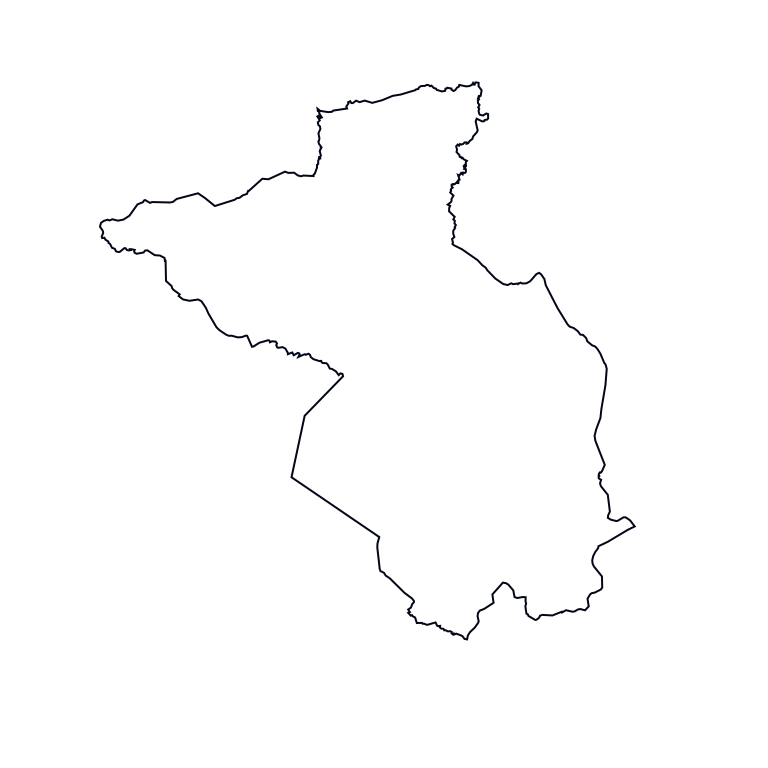 outline of Gourma, Gourma, Burkina Faso, rotated 250°
{"feature_id": "67063806B98154706729521", "entity_name": "Gourma", "entity_type": "district", "adm_level": 2, "iso_a3": "BFA", "parent_name": "Burkina Faso", "parent_adm1": "Gourma", "projection": "mercator", "projection_center": [0.724, 12.228], "detail": "fine", "context": "isolated", "style": "outline", "palette": "ink", "viewbox_px": 768, "rotation_deg": 250, "n_neighbors": 0, "source": "geoboundaries", "source_scale": "gbopen_adm2", "svg_char_len": 6166}
<svg xmlns="http://www.w3.org/2000/svg" viewBox="0 0 768 768"><g transform="rotate(250 384 384)"><path d="M115.6,374.7L119.0,376.8L121.5,380.1L124.0,385.9L127.2,390.6L128.5,391.8L133.8,392.5L136.6,394.0L138.3,396.6L138.4,401.2L140.9,412.1L149.2,413.9L156.7,427.8L155.0,430.6L153.0,432.2L145.8,434.9L139.1,433.8L137.3,436.1L136.4,441.4L135.2,444.2L131.2,442.6L129.4,442.6L126.7,440.8L119.5,439.3L118.5,440.3L116.7,440.4L110.7,445.3L110.3,446.0L110.6,447.7L111.3,449.8L112.9,451.3L112.9,453.7L108.9,463.1L109.2,473.1L108.4,473.1L109.2,477.6L105.6,483.1L105.1,485.4L105.8,489.1L105.4,491.5L102.6,495.5L105.0,500.3L112.6,501.8L115.8,505.7L116.4,507.8L115.9,510.7L116.7,517.3L118.0,519.4L128.6,523.0L140.9,518.8L144.0,518.6L147.2,519.4L150.8,521.8L154.1,525.3L156.4,529.0L158.2,530.0L159.2,540.4L163.6,563.3L164.4,570.9L171.7,568.6L176.0,565.5L176.8,563.5L175.5,556.7L175.8,555.4L178.8,550.9L181.6,548.6L183.9,549.7L186.8,552.6L203.3,556.4L213.7,552.9L216.7,553.0L219.7,555.2L221.8,553.6L223.2,553.8L223.9,554.9L224.8,554.5L226.3,555.4L227.1,556.7L226.5,557.3L227.6,559.1L232.5,563.8L258.2,563.2L263.2,564.1L268.7,567.8L278.1,575.8L286.1,579.7L307.2,591.7L322.1,598.5L326.6,598.9L328.3,598.2L338.5,597.7L343.7,596.6L346.8,595.4L349.3,592.7L354.5,589.7L358.2,589.6L362.0,587.8L363.3,585.4L367.5,584.1L371.7,581.4L374.4,578.1L377.1,576.9L396.2,573.0L421.6,569.8L427.7,570.6L433.2,569.2L435.4,567.8L435.2,564.9L430.6,556.6L429.9,552.3L431.1,548.4L432.6,546.9L432.1,544.3L432.6,544.4L433.6,539.5L435.1,538.0L434.7,534.1L437.1,530.3L445.0,524.7L455.5,520.0L458.6,519.3L461.8,517.1L468.4,514.3L484.0,503.3L490.3,497.3L492.2,496.2L493.4,497.2L496.9,497.5L498.1,500.4L501.7,500.5L504.3,501.5L506.3,504.2L507.2,504.0L508.8,505.9L510.9,505.2L513.2,506.4L514.9,505.4L516.9,507.6L524.0,504.2L527.2,505.5L528.7,507.1L530.8,505.2L531.9,508.8L532.9,510.1L534.6,510.6L537.3,513.7L541.3,511.7L542.6,513.2L543.6,513.1L544.7,514.2L545.0,515.7L546.8,515.2L548.2,515.8L547.8,517.0L548.3,517.4L547.6,518.7L548.3,520.6L547.6,522.1L549.1,522.0L549.4,522.8L548.8,523.2L550.3,523.8L550.2,524.9L555.1,525.1L554.1,526.1L556.0,528.7L555.8,529.7L554.5,529.2L554.0,529.6L555.6,530.7L554.6,532.2L555.3,533.5L557.8,534.4L558.7,532.9L560.3,534.8L560.6,533.4L561.5,533.4L562.3,534.7L561.3,535.7L564.6,536.8L565.3,538.2L568.1,535.6L569.8,535.2L569.7,534.2L571.2,533.8L571.5,532.9L573.4,533.1L577.2,531.5L579.2,532.8L582.7,533.1L583.8,535.2L582.3,536.0L583.5,537.5L582.6,538.4L582.5,540.4L583.4,542.4L582.8,544.2L581.5,543.8L581.5,545.5L583.1,547.7L584.0,550.8L586.2,552.5L588.9,557.5L590.5,558.8L599.3,559.9L601.6,561.8L597.1,566.2L596.7,568.1L597.6,568.8L597.2,571.5L598.0,572.7L602.1,574.1L603.2,572.6L602.4,568.9L604.2,566.2L605.5,565.9L608.3,566.3L610.3,567.7L611.7,567.1L613.5,569.2L615.8,568.4L618.1,569.1L618.9,570.5L619.6,570.1L620.4,571.0L620.4,570.2L622.2,571.6L621.8,573.4L626.6,576.2L631.5,574.7L634.6,575.9L636.0,573.6L636.0,572.8L634.3,571.6L634.6,570.8L636.4,570.6L635.0,568.9L634.8,566.1L635.6,562.9L639.3,557.0L637.7,555.9L637.6,554.2L635.9,551.6L635.5,549.6L637.4,548.1L638.6,548.4L640.8,544.7L640.2,543.9L640.5,542.8L638.6,541.7L639.1,538.5L642.4,534.1L643.7,533.9L645.2,532.0L648.1,530.7L648.1,529.1L649.5,528.3L650.5,526.4L650.1,524.4L651.3,520.9L650.7,518.2L649.5,517.1L649.9,514.8L649.4,513.9L650.3,498.6L651.8,490.7L651.3,479.2L652.2,469.1L656.9,462.8L657.2,457.5L659.8,454.6L658.6,450.8L659.2,449.4L661.3,449.0L661.0,446.6L660.0,446.7L657.5,443.4L655.5,443.5L658.3,429.8L657.6,428.1L658.6,424.5L662.5,417.4L665.4,415.7L663.0,415.2L662.0,416.3L660.2,415.7L655.8,416.8L655.7,415.3L658.4,414.3L658.2,412.9L653.7,413.8L652.5,411.3L649.9,410.9L648.1,411.9L645.5,411.5L641.9,408.1L637.1,407.4L634.9,406.2L634.4,405.3L631.9,405.0L628.8,406.0L627.9,405.4L627.5,406.0L625.0,403.3L620.3,402.8L619.2,401.8L619.4,400.5L618.8,400.2L618.2,401.3L617.7,401.2L617.8,400.3L616.5,398.6L613.3,397.4L612.8,396.0L610.2,395.0L605.3,390.9L604.8,389.4L603.5,388.9L607.4,379.7L607.6,377.0L609.4,374.4L613.3,371.8L615.1,366.3L617.4,363.6L615.9,345.4L618.5,339.9L611.6,322.8L611.9,322.3L609.5,320.2L609.6,316.0L608.4,311.9L608.9,309.2L608.2,306.7L609.1,285.9L619.8,279.5L626.8,274.5L628.8,252.5L627.3,247.8L627.8,244.9L634.3,228.3L634.2,226.1L638.6,222.4L638.5,221.2L637.3,219.7L637.1,213.8L629.2,202.3L627.6,195.5L628.5,189.8L631.7,185.1L631.6,181.9L632.9,180.5L633.0,179.3L633.1,176.4L632.2,173.2L629.0,170.9L623.7,172.2L621.9,171.7L619.0,169.1L617.5,169.1L617.1,171.3L614.9,171.6L612.2,173.7L610.8,173.4L609.2,174.5L605.0,175.0L603.1,177.3L600.5,177.5L599.4,178.5L598.5,180.8L600.5,186.6L599.8,187.7L598.0,188.1L596.8,189.8L596.5,191.6L597.6,191.4L597.4,192.1L595.3,195.6L594.3,194.7L592.7,194.5L591.0,196.1L589.8,203.0L591.1,205.2L590.5,207.4L583.5,212.6L581.4,217.3L577.5,220.9L574.6,220.2L574.5,220.9L555.4,214.4L548.7,217.9L546.3,217.7L544.1,218.6L538.1,222.7L536.9,221.1L532.2,224.1L528.7,229.7L527.0,238.2L524.2,240.8L516.3,242.7L510.3,243.1L494.6,246.0L491.0,247.7L484.6,252.3L482.4,254.6L481.4,257.5L477.9,262.4L476.7,266.4L476.7,270.8L476.1,271.9L464.1,272.7L463.9,274.4L465.4,281.0L464.7,290.4L463.9,291.2L462.2,291.1L462.4,293.5L460.8,296.8L458.7,297.3L457.3,296.0L455.0,296.2L454.2,296.9L453.3,301.4L450.9,303.5L446.0,304.3L444.9,303.9L445.0,308.6L441.9,309.0L442.7,313.7L441.6,314.9L440.6,314.8L438.7,312.8L439.1,318.5L439.0,319.9L438.2,320.4L438.3,323.3L436.9,324.4L434.4,324.4L431.5,326.1L427.5,331.3L427.2,332.9L425.7,332.9L424.7,333.6L423.2,337.0L421.5,337.8L417.1,338.3L415.9,340.3L412.4,343.1L407.8,344.5L408.9,346.6L407.7,348.4L405.3,348.2L381.3,298.6L328.0,265.2L241.8,327.2L236.3,323.3L232.7,321.8L211.6,316.7L209.4,316.7L206.6,319.4L203.3,320.1L199.6,322.9L180.6,331.9L173.0,336.9L170.1,337.9L168.8,337.6L167.3,335.0L164.7,332.9L163.8,329.6L160.8,330.3L160.7,328.5L157.2,329.9L157.2,331.3L156.0,331.5L153.9,333.4L148.2,333.1L146.5,338.0L145.5,338.3L145.1,339.6L142.9,342.1L142.3,350.9L139.0,351.2L138.1,351.8L137.5,354.0L136.2,353.2L134.6,354.1L133.6,356.1L131.9,356.4L131.5,357.8L129.7,359.4L129.0,361.8L127.6,362.9L126.6,362.2L124.9,363.2L125.6,364.3L124.6,364.4L124.7,366.5L121.9,369.8L120.4,371.4L116.9,372.5L115.6,374.7Z" fill="none" stroke="#020617" stroke-width="2"/></g></svg>